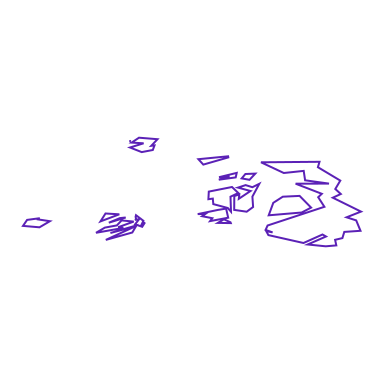 Lurøy nor, Norway
{"feature_id": "86288312B55953165899475", "entity_name": "Lurøy nor", "entity_type": "district", "adm_level": 2, "iso_a3": "NOR", "parent_name": "Norway", "parent_adm1": "", "projection": "equal_earth", "projection_center": [12.805, 66.444], "detail": "medium", "context": "isolated", "style": "outline", "palette": "violet", "viewbox_px": 384, "rotation_deg": 0, "n_neighbors": 0, "source": "geoboundaries", "source_scale": "gbopen_adm2", "svg_char_len": 1935}
<svg xmlns="http://www.w3.org/2000/svg" viewBox="0 0 384 384"><path d="M261.0,162.3L283.8,173.0L303.7,170.9L305.1,180.3L329.0,183.6L295.6,183.7L321.8,193.8L318.2,197.2L324.4,206.8L267.6,225.5L265.6,229.9L272.6,232.4L266.2,231.1L268.4,235.1L303.5,243.0L322.5,234.5L326.0,236.5L307.7,244.5L325.7,246.3L336.3,245.4L335.1,239.8L342.4,238.1L344.3,231.9L360.5,230.8L356.2,220.4L346.6,217.3L361.0,211.6L332.8,197.7L340.8,194.0L335.3,189.0L340.3,180.6L317.9,167.2L319.5,161.8L261.0,162.3ZM299.6,195.9L282.8,196.7L273.3,202.8L268.7,215.3L301.7,212.5L311.1,207.6L299.6,195.9ZM232.0,187.0L208.8,191.6L208.4,199.2L212.8,198.6L213.3,204.1L227.8,208.0L231.0,211.7L230.5,196.7L238.3,193.0L232.0,187.0ZM259.3,183.8L252.4,187.2L245.6,185.1L238.0,187.6L250.5,191.0L238.8,198.8L239.3,194.5L234.3,196.0L234.2,209.9L246.7,211.7L253.1,207.0L252.4,196.6L259.3,183.8ZM131.6,142.6L143.6,143.3L130.0,147.5L141.7,152.1L152.8,150.0L154.5,145.4L151.3,145.8L157.5,139.2L139.0,137.7L131.6,142.6ZM226.1,208.6L218.0,209.9L197.7,214.1L205.4,213.9L202.1,216.2L212.3,218.2L210.1,221.1L228.2,217.7L226.1,208.6ZM133.7,221.6L121.6,220.4L116.9,225.4L104.9,227.6L96.0,232.8L123.4,227.9L118.2,227.2L133.7,221.6ZM39.8,218.2L27.1,219.9L23.0,225.9L39.5,227.3L49.9,221.2L36.7,219.2L39.8,218.2ZM198.4,159.2L203.3,164.6L228.3,157.4L228.1,156.3L198.4,159.2ZM136.5,225.4L110.4,233.0L135.2,226.4L105.8,239.9L132.3,232.5L136.5,225.4ZM119.3,214.3L105.5,213.5L100.5,221.4L119.3,214.3ZM143.4,220.8L136.0,215.2L135.6,216.8L136.1,219.0L135.3,219.2L136.1,219.3L134.9,219.9L139.1,219.2L135.1,224.3L142.2,226.8L145.0,222.4L140.9,225.9L143.4,220.8ZM255.3,173.6L245.4,174.0L241.7,178.4L249.5,179.8L255.3,173.6ZM236.7,172.9L219.0,177.2L229.5,176.2L218.8,179.7L235.7,177.4L236.7,172.9ZM125.7,217.5L119.9,218.1L108.8,222.7L125.7,217.5ZM223.9,219.3L217.9,222.9L230.8,223.1L230.5,222.3L223.9,219.3ZM130.2,141.0L129.4,141.2L130.7,141.3L130.2,141.0Z" fill="none" stroke="#5b21b6" stroke-width="2"/></svg>